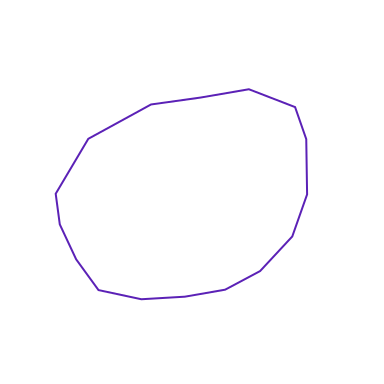 outline of Tshumbe, Kasaï-Oriental, Democratic Republic of the Congo, rotated 54°
{"feature_id": "63176286B80144027802447", "entity_name": "Tshumbe", "entity_type": "district", "adm_level": 2, "iso_a3": "COD", "parent_name": "Democratic Republic of the Congo", "parent_adm1": "Kasaï-Oriental", "projection": "equal_earth", "projection_center": [22.697, -4.045], "detail": "fine", "context": "isolated", "style": "outline", "palette": "violet", "viewbox_px": 384, "rotation_deg": 54, "n_neighbors": 0, "source": "geoboundaries", "source_scale": "gbopen_adm2", "svg_char_len": 364}
<svg xmlns="http://www.w3.org/2000/svg" viewBox="0 0 384 384"><g transform="rotate(54 192 192)"><path d="M140.5,318.0L178.4,325.3L216.4,325.3L249.0,296.0L272.5,259.3L290.5,222.6L296.0,183.4L286.9,137.0L261.6,100.3L216.4,68.5L183.9,58.7L142.3,85.6L120.6,129.6L97.1,173.7L88.0,244.6L113.3,303.3L140.5,318.0Z" fill="none" stroke="#5b21b6" stroke-width="2"/></g></svg>